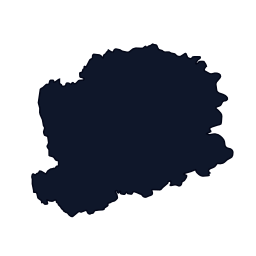 SVG path tracing the border of Zhytomyr, rotated 82°
{"feature_id": "UKR-324", "entity_name": "Zhytomyr", "entity_type": "Region", "adm_level": 1, "iso_a3": "UKR", "parent_name": "Ukraine", "parent_adm1": "", "projection": "mercator", "projection_center": [28.508, 50.617], "detail": "fine", "context": "isolated", "style": "filled", "palette": "ink", "viewbox_px": 256, "rotation_deg": 82, "n_neighbors": 0, "source": "natural_earth", "source_scale": "10m", "svg_char_len": 5787}
<svg xmlns="http://www.w3.org/2000/svg" viewBox="0 0 256 256"><g transform="rotate(82 128 128)"><path d="M112.0,25.5L113.3,25.6L114.2,26.6L114.5,27.6L114.5,29.4L115.0,30.6L115.8,31.3L117.6,32.5L118.4,33.3L118.8,34.4L119.4,37.2L119.8,38.0L120.6,38.3L121.4,37.9L123.1,36.3L126.2,34.2L127.8,33.6L129.5,33.6L135.1,34.8L136.8,35.4L137.3,36.8L137.5,38.9L138.5,44.5L138.9,45.9L139.5,47.0L140.5,47.5L142.3,46.6L143.1,46.6L143.5,47.9L144.0,49.8L144.6,50.8L145.7,49.5L146.1,48.0L145.9,44.2L146.1,42.5L147.3,39.7L149.1,37.6L151.1,36.0L153.1,34.9L154.9,34.5L158.8,34.5L160.5,33.8L161.7,32.5L163.1,29.3L164.4,28.1L165.6,27.6L166.9,27.6L169.4,28.2L171.0,29.2L171.7,30.4L173.1,34.1L175.2,37.3L175.9,38.9L176.1,41.6L175.5,44.2L176.0,45.3L177.0,46.1L178.3,47.6L179.0,49.6L179.5,51.8L180.3,53.6L181.8,54.4L183.1,53.9L183.9,53.2L184.3,54.2L184.6,54.7L184.9,54.7L185.9,54.2L186.2,54.4L186.3,55.5L186.0,60.4L185.8,61.2L185.2,62.5L184.4,63.6L183.6,64.4L181.7,65.9L180.5,66.5L179.0,66.7L178.7,66.9L178.7,67.3L179.8,71.7L180.5,76.8L180.8,78.3L181.2,79.2L181.3,79.3L181.7,79.0L183.2,76.7L183.5,76.6L184.5,76.9L185.6,77.6L187.6,79.4L188.1,80.2L188.5,81.5L188.9,82.1L191.3,83.1L192.0,83.8L192.3,84.4L192.4,85.1L192.4,85.6L191.0,88.2L190.9,88.6L190.7,89.7L190.9,93.4L190.7,94.1L190.1,94.0L189.4,93.3L188.7,93.1L186.7,93.1L186.4,93.4L186.4,94.0L186.6,95.4L187.0,95.9L188.2,96.5L191.7,102.0L193.4,104.0L193.6,105.1L192.4,112.1L192.4,112.9L193.0,113.2L195.3,112.9L196.2,113.0L196.9,113.3L197.3,113.7L197.8,115.0L198.0,116.4L198.9,119.8L198.8,120.8L198.4,121.7L197.8,122.5L195.6,123.9L194.8,125.5L193.1,128.2L191.9,130.6L191.8,131.4L192.1,132.0L193.7,133.3L193.9,134.0L192.9,137.3L192.4,137.7L191.6,137.8L191.4,138.0L191.4,138.5L191.7,139.2L192.7,140.0L193.0,140.4L193.1,140.7L193.0,141.5L192.4,143.4L191.9,144.3L191.3,144.5L189.8,144.2L189.6,144.4L189.4,144.7L189.5,145.0L190.9,146.2L191.0,146.5L190.6,147.2L190.3,147.4L188.6,147.7L188.4,148.0L188.4,148.4L188.8,149.2L189.6,149.5L192.7,148.3L195.4,148.2L196.0,148.4L196.5,148.9L197.3,149.9L198.2,151.4L198.6,154.2L199.4,156.2L199.6,157.8L199.9,158.3L200.2,158.6L201.4,158.6L202.0,158.9L202.4,159.4L203.7,162.2L204.1,162.7L205.1,163.1L205.3,163.7L205.4,164.6L205.1,168.4L205.1,172.0L205.5,172.9L207.1,174.1L207.4,175.2L207.4,176.5L207.8,177.5L207.8,177.9L207.3,178.9L206.5,179.6L204.0,180.4L203.7,181.0L203.7,181.7L204.7,186.2L203.9,187.6L203.9,188.2L204.1,189.0L207.8,195.0L207.9,195.6L207.7,196.2L207.4,196.8L206.0,198.3L203.5,199.8L202.8,201.3L201.2,203.2L200.0,203.6L198.6,204.9L196.5,205.8L194.3,207.5L192.8,207.7L191.7,208.9L191.3,209.1L190.2,209.0L189.4,209.5L189.1,210.2L189.3,211.1L189.8,212.2L189.9,213.4L189.3,215.8L187.9,218.1L188.0,218.3L188.8,218.4L191.7,218.2L191.9,218.4L192.0,219.3L191.9,220.6L191.7,221.1L191.4,221.4L190.5,221.9L189.9,222.4L189.8,223.8L188.2,223.8L187.5,224.1L185.1,226.6L184.4,226.9L180.1,227.3L179.4,227.6L178.9,228.0L178.5,230.1L178.3,230.3L176.7,230.1L170.0,230.5L165.5,229.8L163.1,230.0L161.2,229.4L160.6,228.9L160.3,228.4L160.4,228.1L161.4,226.8L161.5,226.5L161.4,225.9L160.5,224.6L160.2,223.2L159.9,222.7L158.4,221.6L158.4,221.2L158.9,219.9L161.9,216.1L161.9,215.7L161.8,215.3L159.6,213.6L159.1,212.8L158.0,210.5L157.9,210.1L157.9,208.5L157.6,207.2L157.9,206.3L157.4,205.4L156.3,204.4L156.0,203.8L155.9,203.4L156.1,202.7L156.0,202.3L155.3,201.9L151.3,201.4L150.9,201.5L150.6,201.8L150.0,203.5L149.3,204.2L147.2,205.2L146.2,205.9L145.3,207.7L144.6,209.4L144.1,209.9L138.4,209.2L136.0,210.4L134.7,210.6L133.6,209.7L132.0,208.8L131.4,208.6L125.9,208.6L125.2,208.7L125.0,208.9L123.8,211.0L123.4,211.6L122.3,211.9L121.0,212.1L119.8,212.0L116.8,210.6L115.6,210.5L113.8,211.3L107.8,211.5L102.5,213.0L100.4,213.2L96.1,212.5L90.5,213.2L77.5,209.4L76.8,208.4L76.3,206.8L73.6,202.9L73.5,202.2L73.8,201.1L73.5,200.3L72.9,199.8L70.6,198.9L70.0,198.1L70.3,195.6L70.8,195.2L72.2,195.0L72.4,194.9L72.5,194.6L72.1,193.3L70.4,190.0L70.2,189.1L73.6,189.6L74.3,189.5L75.1,189.0L75.9,188.0L77.3,187.6L77.5,187.4L77.7,186.6L77.8,185.5L77.5,184.2L77.0,183.7L75.8,183.2L75.3,182.8L75.0,182.1L75.4,180.5L76.6,178.8L76.7,178.4L76.6,178.1L75.6,177.1L75.4,176.3L75.6,176.0L76.6,175.3L76.8,174.9L76.8,174.1L76.6,173.3L74.4,170.5L74.2,170.0L74.1,169.6L74.3,166.9L74.2,165.4L74.0,165.0L73.6,164.7L72.9,164.7L72.6,164.9L71.5,166.6L71.0,168.0L70.5,168.4L67.4,168.2L66.7,167.9L66.6,167.5L66.5,166.3L66.2,165.5L63.8,164.4L63.1,163.2L62.8,162.9L61.8,163.0L61.1,162.7L61.0,162.4L61.1,162.1L61.7,161.1L61.4,160.6L55.4,156.4L54.8,155.6L54.5,154.4L54.1,153.7L53.5,153.4L51.3,152.9L50.8,152.6L50.3,151.9L50.4,151.1L51.6,146.5L51.9,145.8L53.2,144.4L54.9,143.5L55.1,142.9L54.6,142.5L53.3,142.2L52.4,141.7L51.4,139.7L50.1,138.7L49.0,137.1L48.1,136.6L50.3,134.0L50.8,132.5L50.7,132.1L50.2,131.7L48.7,130.7L48.4,130.3L48.1,129.4L48.2,128.6L49.5,125.1L50.8,123.6L51.3,122.7L52.7,118.9L53.1,117.2L52.5,115.6L50.5,112.2L50.2,110.8L50.0,109.1L51.0,103.7L51.1,102.0L50.0,100.3L49.6,99.4L49.7,99.1L50.6,98.5L50.9,98.0L50.8,97.6L50.0,96.5L49.8,96.0L49.5,94.1L48.4,92.0L48.5,91.6L49.0,91.0L49.6,89.0L50.0,88.3L50.6,88.0L53.0,87.4L54.5,86.7L54.8,86.3L56.1,83.5L57.3,82.3L58.0,81.1L58.5,76.8L59.9,74.9L61.0,71.8L61.6,71.0L63.3,69.8L64.2,68.2L64.5,67.0L64.4,65.7L62.3,61.2L62.2,60.8L62.5,60.3L66.3,59.3L67.2,58.4L68.0,56.8L68.1,55.7L67.8,55.1L66.8,54.2L66.7,53.4L66.7,52.1L67.5,46.9L68.0,46.6L68.7,46.8L69.4,47.8L69.8,48.8L70.2,49.4L72.7,51.6L73.3,51.8L73.7,51.8L74.0,51.0L73.8,50.3L73.3,49.5L72.4,48.5L72.2,48.0L72.2,47.1L72.4,45.2L72.8,43.6L75.8,42.2L77.8,41.8L78.1,42.4L79.0,43.3L80.0,44.1L80.9,44.5L81.9,44.4L82.5,43.7L85.5,39.7L85.8,39.1L86.1,37.8L85.8,34.3L86.2,32.2L87.0,30.5L88.2,29.4L89.7,29.2L91.0,29.9L94.8,34.1L96.0,34.7L97.1,35.0L103.3,35.0L104.5,34.6L106.0,33.2L108.0,29.3L109.3,27.4L110.6,26.2L112.0,25.5Z" fill="#0f172a" stroke="#020617" stroke-width="1.5"/></g></svg>